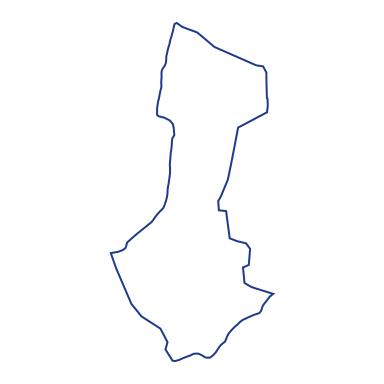 outline of Pavee, Castries, Saint Lucia
{"feature_id": "8701671B25758314350266", "entity_name": "Pavee", "entity_type": "district", "adm_level": 2, "iso_a3": "LCA", "parent_name": "Saint Lucia", "parent_adm1": "Castries", "projection": "albers", "projection_center": [-60.992, 14.003], "detail": "fine", "context": "isolated", "style": "outline", "palette": "blue", "viewbox_px": 384, "rotation_deg": 0, "n_neighbors": 0, "source": "geoboundaries", "source_scale": "gbopen_adm2", "svg_char_len": 1936}
<svg xmlns="http://www.w3.org/2000/svg" viewBox="0 0 384 384"><path d="M174.7,23.8L174.1,25.5L173.6,27.9L173.1,30.3L172.1,34.0L171.1,37.5L170.2,40.3L169.5,44.0L168.5,47.0L168.0,49.1L167.5,51.1L166.9,54.0L166.4,55.9L166.2,58.9L166.1,61.6L165.6,63.7L164.7,65.7L163.9,67.0L162.4,69.1L161.6,71.5L161.5,74.2L161.6,76.3L161.2,82.5L161.4,85.4L161.3,87.5L160.5,90.3L159.6,94.7L158.8,99.2L158.1,101.6L157.1,108.1L157.1,115.0L158.7,116.3L164.4,117.7L169.7,120.4L172.7,123.8L173.7,127.6L174.3,135.1L173.3,136.8L172.9,137.4L172.3,138.6L171.9,141.2L171.8,145.0L171.3,149.5L170.7,153.3L170.3,159.1L169.8,164.2L170.0,167.8L170.1,172.2L169.5,177.4L168.6,183.7L167.7,188.5L167.6,190.6L167.4,194.5L166.8,197.6L166.1,200.4L165.3,202.9L164.2,206.1L163.2,208.1L161.1,210.3L159.0,212.4L157.5,214.1L157.0,214.7L154.9,217.5L153.0,220.3L151.4,222.2L136.5,234.2L127.2,242.4L125.6,247.9L122.9,250.0L118.6,251.7L110.8,253.1L116.3,268.7L131.4,303.9L141.4,316.3L160.5,328.7L167.5,342.2L165.5,349.4L172.5,360.7L175.4,361.0L179.3,359.9L182.0,358.6L185.2,357.3L189.7,355.7L193.7,353.8L196.1,353.6L198.6,353.7L200.5,354.6L203.3,356.1L205.2,357.4L206.9,357.7L209.7,357.7L211.4,356.6L213.4,355.0L215.8,352.3L217.5,349.6L219.6,346.6L220.6,345.3L222.5,343.6L224.9,341.7L225.7,340.1L226.5,338.0L227.5,335.5L228.9,333.2L231.5,330.1L233.2,328.4L235.3,326.3L237.6,324.4L240.1,321.9L242.6,320.0L246.5,318.2L248.3,317.3L251.9,315.8L253.3,315.1L256.2,314.1L259.3,313.1L260.9,311.2L261.7,309.2L262.4,306.9L263.1,305.3L265.1,302.6L267.4,299.8L269.5,296.9L271.8,294.9L273.2,293.9L256.3,288.6L251.4,287.0L244.5,283.0L243.0,267.5L248.8,264.9L250.1,248.8L246.0,243.3L237.1,241.2L229.7,238.3L226.1,211.1L218.9,210.3L218.2,201.1L221.0,196.1L227.9,179.5L232.0,159.5L238.1,127.6L267.0,112.3L267.6,107.0L267.8,105.2L267.5,98.6L266.9,98.1L266.4,79.2L266.4,72.6L263.1,66.4L256.1,65.3L214.5,47.0L197.3,32.5L182.2,26.9L176.8,23.0L174.7,23.8Z" fill="none" stroke="#1e3a8a" stroke-width="2"/></svg>